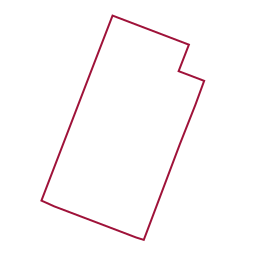 Frontier, Nebraska, United States of America (Natural Earth projection), rotated 291°
{"feature_id": "52423323B47045621610047", "entity_name": "Frontier", "entity_type": "district", "adm_level": 2, "iso_a3": "USA", "parent_name": "United States of America", "parent_adm1": "Nebraska", "projection": "natural_earth1", "projection_center": [-100.43, 40.525], "detail": "fine", "context": "isolated", "style": "outline", "palette": "rose", "viewbox_px": 256, "rotation_deg": 291, "n_neighbors": 0, "source": "geoboundaries", "source_scale": "gbopen_adm2", "svg_char_len": 311}
<svg xmlns="http://www.w3.org/2000/svg" viewBox="0 0 256 256"><g transform="rotate(291 128 128)"><path d="M29.2,73.2L28.4,87.2L28.7,174.8L29.2,182.8L33.9,182.8L131.5,182.2L173.7,182.6L199.3,182.2L199.2,154.9L227.6,155.0L227.4,73.3L167.2,73.2L29.2,73.2Z" fill="none" stroke="#9f1239" stroke-width="2"/></g></svg>